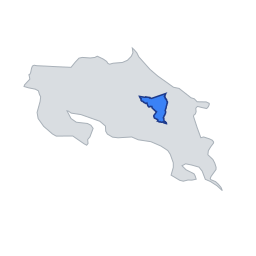 Turrialba, Cartago, Costa Rica shown in context, rotated 341°
{"feature_id": "36466004B38119903555726", "entity_name": "Turrialba", "entity_type": "district", "adm_level": 2, "iso_a3": "CRI", "parent_name": "Costa Rica", "parent_adm1": "Cartago", "projection": "robinson", "projection_center": [-83.562, 9.784], "detail": "fine", "context": "in_parent", "style": "filled", "palette": "blue", "viewbox_px": 256, "rotation_deg": 341, "n_neighbors": 0, "source": "geoboundaries", "source_scale": "gbopen_adm2", "svg_char_len": 5759}
<svg xmlns="http://www.w3.org/2000/svg" viewBox="0 0 256 256"><g transform="rotate(341 128 128)"><path d="M212.8,131.1L212.5,132.1L211.6,133.3L210.3,134.4L208.7,135.2L204.7,132.8L200.7,130.2L198.5,131.4L197.7,134.8L196.3,136.6L194.4,137.3L193.7,138.4L193.5,150.0L193.7,160.9L196.6,161.1L201.6,164.9L203.8,167.1L204.4,169.2L203.8,170.2L200.2,172.6L196.6,175.6L194.8,179.3L198.0,185.4L198.6,189.5L198.5,193.8L197.7,195.9L190.8,200.8L189.3,202.5L189.5,203.8L193.3,207.2L195.1,210.5L196.6,214.5L196.8,217.9L193.3,211.5L188.5,205.4L184.4,201.7L184.1,192.9L182.4,188.1L176.1,183.7L170.8,180.6L166.8,181.3L169.2,186.3L175.5,192.8L175.9,195.3L175.8,198.6L171.5,198.1L167.7,196.7L163.0,196.3L159.9,194.3L153.4,186.6L158.0,180.0L159.5,175.6L159.4,166.7L158.3,162.3L153.2,155.7L145.2,148.4L133.9,142.5L128.6,137.7L115.4,134.0L110.4,131.6L106.5,127.0L105.9,123.8L107.3,118.8L103.6,112.5L87.9,100.0L79.1,95.4L77.2,92.7L75.9,91.9L77.2,100.5L81.0,105.7L91.1,110.5L93.8,113.3L94.9,117.0L89.1,124.0L86.1,125.8L85.2,129.6L83.3,130.8L81.3,128.6L73.2,117.6L57.5,112.3L54.6,109.0L48.8,99.0L46.1,89.8L47.1,83.7L53.6,74.2L55.6,70.0L55.2,67.5L55.4,63.7L53.0,61.1L47.0,57.6L43.2,54.9L44.3,53.5L51.1,49.8L51.6,46.5L51.6,45.4L52.7,45.2L53.7,44.3L54.3,43.4L56.2,40.2L57.8,38.3L59.7,38.1L62.0,39.4L70.6,42.8L80.2,46.7L93.9,52.1L99.5,48.6L104.4,46.0L107.8,46.4L115.1,49.5L119.6,50.5L122.3,50.1L127.0,54.7L129.5,58.1L130.0,60.4L131.4,61.7L135.0,61.9L144.0,64.2L149.5,63.8L154.5,61.3L157.2,58.4L158.1,53.8L159.3,56.0L160.8,59.7L161.4,64.3L167.9,79.8L173.0,88.5L184.3,104.3L189.2,107.2L197.4,119.9L200.2,122.0L201.9,125.7L210.4,128.8L212.8,131.1Z" fill="#d9dde1" stroke="#a8b0b8" stroke-width="1"/><path d="M165.8,136.4L165.9,136.0L165.8,135.8L165.9,135.5L165.9,135.4L165.7,135.2L165.5,134.8L165.5,134.6L165.4,134.5L165.4,134.3L165.4,134.2L165.1,133.9L164.5,133.5L164.4,133.3L164.4,133.2L164.5,132.9L164.5,132.4L164.6,131.9L164.7,131.6L164.7,131.3L164.9,131.1L165.0,130.8L164.9,130.3L164.9,130.2L164.7,130.1L164.7,129.9L164.8,129.7L165.0,129.6L165.2,129.4L165.7,128.9L165.8,128.8L165.8,128.6L166.1,128.3L166.1,128.2L166.4,128.0L166.5,127.9L166.8,127.8L167.0,127.7L167.1,127.3L167.3,127.2L167.5,127.0L167.7,126.9L167.8,126.8L167.8,126.7L168.0,126.6L168.1,126.4L168.2,126.2L168.3,126.0L168.4,125.9L168.7,125.4L168.9,125.1L168.9,124.9L168.9,124.7L168.9,124.4L168.8,123.9L168.8,123.6L169.1,123.3L169.2,123.2L169.6,122.6L169.7,122.4L169.9,122.1L170.0,121.9L170.2,121.7L170.6,121.5L170.6,121.4L170.7,121.1L170.8,120.9L171.0,120.6L171.1,120.4L171.2,120.1L171.5,119.6L171.8,119.4L172.0,119.1L172.1,118.9L172.3,118.6L172.5,118.4L172.6,118.0L172.6,117.9L172.8,117.7L173.1,117.5L173.2,117.3L173.3,117.2L173.4,116.9L173.5,116.9L173.6,116.5L173.5,116.4L173.7,115.9L173.8,115.9L173.8,115.7L173.7,115.5L173.6,115.4L173.5,115.2L173.4,114.8L173.4,114.7L173.5,114.5L173.5,114.3L173.6,114.1L173.7,113.9L173.5,113.4L173.5,113.2L173.3,113.1L173.3,112.9L173.3,112.7L173.2,112.7L173.2,112.8L173.1,112.7L173.1,112.4L172.9,112.3L172.9,112.2L173.0,112.1L172.9,112.0L172.9,111.9L173.0,111.6L173.1,111.4L172.9,111.1L172.9,110.9L172.8,110.7L172.7,110.4L172.7,110.2L172.9,110.3L173.0,110.3L173.1,110.2L173.4,109.9L173.5,109.7L173.4,109.6L173.5,109.4L173.4,109.1L173.6,108.8L173.8,108.7L174.0,108.6L174.2,108.3L174.3,108.3L174.3,108.1L174.8,107.7L167.8,107.7L167.5,107.7L163.0,107.7L160.0,107.7L159.3,107.4L158.9,106.8L158.7,106.8L158.7,106.7L158.6,106.4L158.4,106.5L158.4,106.4L158.3,106.2L158.1,106.2L157.9,106.0L157.7,105.9L157.5,105.7L157.4,105.7L157.2,105.7L156.7,105.3L156.5,105.2L156.4,105.2L156.2,105.1L155.9,105.0L155.7,105.0L155.4,104.8L155.2,104.6L155.1,104.3L154.8,104.3L154.7,104.3L154.4,104.4L154.2,104.4L154.2,104.5L153.8,104.4L149.1,101.8L149.1,102.1L149.1,102.5L149.3,102.9L149.3,103.1L149.3,103.3L149.3,103.5L149.4,103.9L149.5,104.2L149.7,104.3L149.9,104.4L150.0,104.5L150.0,104.8L149.9,104.9L149.8,105.0L149.7,105.1L149.6,105.3L149.3,105.7L149.3,105.8L149.4,106.0L149.5,106.5L149.6,106.9L149.7,107.0L149.8,107.0L150.0,107.2L150.3,107.3L150.6,107.5L150.8,107.7L150.9,107.9L150.9,108.2L151.0,108.4L151.0,108.6L151.2,108.8L151.3,109.0L151.6,109.3L151.9,109.3L152.0,109.6L152.1,109.8L152.3,110.0L152.5,110.2L152.7,110.5L152.8,110.6L153.1,110.5L153.3,110.6L153.6,110.8L154.0,110.6L154.0,113.1L154.0,113.6L154.1,113.8L154.2,114.0L154.3,114.1L154.4,114.4L154.4,114.6L154.5,114.8L154.7,115.0L155.0,115.0L155.5,115.0L155.9,115.0L156.0,114.9L156.5,114.9L156.7,115.1L156.9,115.4L157.1,115.5L157.2,115.4L157.5,115.4L157.5,115.5L157.6,115.9L157.6,116.1L157.5,116.3L157.4,116.6L157.3,116.8L157.6,117.3L157.7,117.7L157.8,117.8L157.9,118.0L158.1,118.2L158.1,118.3L158.2,118.5L158.5,119.1L158.8,119.4L158.7,119.6L158.8,119.8L158.9,120.0L159.0,120.1L159.2,120.3L159.3,120.4L159.5,121.2L159.7,121.4L159.9,121.6L160.0,121.6L160.0,121.8L160.2,122.0L159.0,122.9L158.9,123.0L158.6,123.2L158.1,123.6L157.7,123.7L157.4,124.1L157.1,124.2L156.9,124.3L156.7,124.4L156.6,124.5L156.4,124.8L156.3,125.1L156.2,125.2L156.2,125.4L156.2,125.7L156.2,125.8L156.3,125.9L156.3,126.0L156.2,126.5L156.1,126.8L156.3,127.3L156.5,127.5L156.8,127.8L157.0,127.8L157.2,128.1L157.5,128.4L157.7,128.6L158.0,128.9L158.1,129.0L158.1,129.3L158.3,129.4L158.6,129.5L158.8,129.7L158.8,129.9L158.8,130.2L158.7,130.3L158.7,130.6L158.4,130.9L158.5,130.9L158.6,131.0L158.7,131.3L158.7,131.5L158.8,131.7L159.0,132.0L159.3,132.2L159.5,132.3L159.8,132.4L159.8,132.5L160.2,132.5L160.5,132.5L160.6,132.9L161.1,133.2L161.2,133.3L161.4,133.3L161.5,133.4L161.6,133.5L161.9,133.6L162.1,133.6L162.5,133.7L162.9,133.6L163.0,134.0L163.1,134.3L163.3,134.5L163.6,134.8L163.8,135.0L164.1,135.2L164.2,135.3L164.4,135.3L164.5,135.4L164.7,135.5L164.8,135.6L164.9,135.8L165.2,135.9L165.4,136.1L165.5,136.2L165.8,136.4Z" fill="#3b82f6" stroke="#1e3a8a" stroke-width="1.5"/></g></svg>